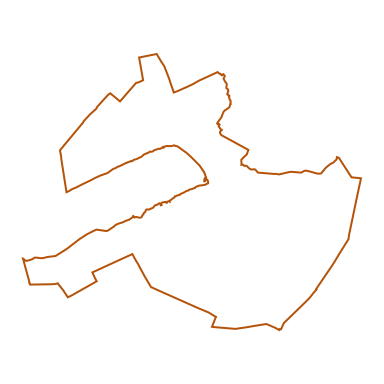 Balvi, Balvu, Latvia (orthographic projection)
{"feature_id": "27541924B17148947944972", "entity_name": "Balvi", "entity_type": "district", "adm_level": 2, "iso_a3": "LVA", "parent_name": "Latvia", "parent_adm1": "Balvu", "projection": "orthographic", "projection_center": [27.257, 57.133], "detail": "fine", "context": "isolated", "style": "outline", "palette": "amber", "viewbox_px": 384, "rotation_deg": 0, "n_neighbors": 0, "source": "geoboundaries", "source_scale": "gbopen_adm2", "svg_char_len": 5931}
<svg xmlns="http://www.w3.org/2000/svg" viewBox="0 0 384 384"><path d="M23.0,258.6L29.1,281.0L29.2,282.8L29.6,282.8L30.1,284.6L53.4,284.2L55.9,283.9L57.8,283.3L58.4,284.2L63.3,290.4L67.8,297.3L71.2,295.7L96.7,281.3L95.0,278.2L92.4,272.4L122.4,258.6L132.4,254.1L134.2,257.5L135.0,259.0L135.8,260.4L138.3,264.4L139.5,266.8L144.7,276.4L151.1,287.2L151.8,287.5L152.4,287.6L153.0,287.9L154.3,288.6L198.3,308.2L208.7,312.5L215.5,316.7L216.0,316.9L215.6,317.7L214.0,321.7L212.0,326.8L214.2,327.1L235.7,328.9L236.7,328.7L246.3,327.3L255.1,325.8L266.4,324.0L275.4,327.9L279.2,330.0L279.8,329.0L280.8,329.4L281.2,328.9L283.9,323.0L304.1,303.4L309.3,298.2L310.5,296.8L313.8,292.5L316.5,289.6L316.1,289.1L331.9,265.9L335.0,261.0L339.2,254.0L348.5,239.1L349.0,235.2L356.5,199.2L361.0,178.3L351.5,177.3L338.9,157.8L336.9,157.1L336.8,157.4L336.8,158.4L336.7,159.0L336.4,159.5L336.1,159.9L334.6,161.3L333.6,162.4L333.1,162.7L330.9,163.7L330.0,164.3L326.3,167.3L324.7,169.0L324.0,169.9L323.7,170.6L323.1,170.9L322.8,171.2L321.4,173.3L319.6,173.6L318.4,173.7L317.0,173.5L310.2,171.6L307.7,171.0L305.6,170.6L304.6,170.8L303.7,171.2L301.8,172.3L301.3,172.5L300.7,172.6L291.2,171.8L288.7,172.2L279.1,174.4L278.2,174.3L276.4,173.9L275.6,173.9L274.9,174.0L257.9,172.6L255.6,169.9L254.4,169.2L252.7,169.5L250.9,169.4L249.6,168.7L248.2,167.5L247.2,166.3L246.5,166.0L245.0,165.6L244.4,165.9L243.8,165.6L243.1,164.9L242.7,164.6L242.1,164.6L241.4,164.8L241.5,163.4L241.3,159.9L243.1,157.8L246.8,154.4L248.4,149.9L221.4,135.2L220.7,134.2L220.0,132.7L220.0,132.0L220.4,131.2L221.1,130.7L221.8,129.9L221.0,129.4L220.0,128.5L219.7,127.6L218.7,126.6L218.7,126.0L218.7,125.7L218.9,125.3L219.6,124.7L219.4,124.3L218.6,123.9L217.5,124.0L217.3,123.7L217.2,123.2L217.4,122.8L217.8,122.3L218.8,120.9L219.5,119.8L221.3,117.5L222.1,115.5L222.6,114.0L223.7,111.6L225.1,110.2L226.3,109.5L227.4,108.6L228.3,108.1L229.1,107.5L229.5,107.0L230.1,104.8L230.7,104.2L230.6,103.6L230.4,103.2L230.7,102.5L230.5,102.0L230.6,100.8L230.5,100.5L230.2,100.1L229.8,99.8L229.7,99.5L229.6,99.3L229.4,98.3L229.0,97.4L228.9,97.0L228.9,96.7L229.0,96.5L229.4,96.2L229.5,96.0L229.4,95.8L229.1,95.5L228.4,95.4L228.2,95.2L227.9,94.7L227.4,94.4L227.3,94.2L227.3,93.7L227.7,93.2L227.7,92.4L227.8,92.0L228.2,91.5L228.3,91.0L228.3,90.8L228.3,90.6L228.1,90.1L228.0,89.5L227.7,89.3L227.3,88.9L226.3,88.0L226.4,86.6L226.7,85.5L226.8,84.1L225.9,82.5L225.2,81.8L223.8,79.1L223.6,78.7L223.6,78.4L224.0,77.6L224.5,76.9L224.7,76.6L224.7,76.2L224.7,75.9L224.5,75.5L224.0,75.0L223.5,74.2L223.3,74.1L223.1,74.2L222.8,74.4L222.3,75.0L222.0,75.3L221.7,75.3L221.1,74.4L220.4,74.3L220.2,73.8L219.6,73.6L219.2,73.3L218.6,73.2L218.3,72.9L218.0,72.4L217.6,72.1L201.1,79.7L199.1,80.6L192.6,84.3L191.1,85.0L187.7,86.6L176.9,91.4L173.8,92.5L170.0,81.6L169.5,79.7L164.4,66.5L161.4,61.9L156.7,54.0L139.1,57.5L141.1,68.9L143.1,80.2L141.5,81.0L138.1,82.5L136.1,82.9L120.0,101.4L110.3,93.3L108.1,94.8L98.1,105.8L97.1,107.0L96.6,107.9L96.3,108.7L90.0,114.4L83.8,121.1L83.1,122.5L60.1,150.1L60.2,150.4L60.1,151.4L60.8,154.5L61.2,157.1L61.3,159.1L66.5,192.2L69.6,190.8L72.1,189.1L74.2,188.3L76.5,187.3L82.7,184.1L90.6,180.4L95.2,177.9L100.5,175.5L107.1,173.2L108.0,172.7L113.1,169.0L114.1,168.6L115.3,168.2L115.9,167.8L116.8,167.4L117.6,166.6L118.9,166.5L124.0,164.0L124.7,163.5L125.3,163.3L126.3,162.8L126.8,162.9L127.3,162.4L129.3,161.9L130.4,161.4L130.9,160.9L132.1,161.2L132.6,160.9L133.4,160.0L136.7,159.0L137.6,158.6L139.1,157.8L141.5,156.7L142.2,156.2L142.6,155.8L142.8,155.4L143.8,154.6L146.9,153.2L147.5,153.2L148.2,152.6L149.0,152.4L149.6,151.9L149.7,151.7L150.0,151.7L150.7,151.8L151.7,151.7L153.1,151.3L153.3,150.9L154.3,150.2L158.9,148.7L159.9,148.9L161.0,148.3L161.6,148.0L161.9,148.0L162.3,147.7L162.5,147.3L162.9,147.0L163.1,147.3L163.3,147.6L163.6,147.7L163.9,147.4L163.7,146.9L166.3,146.1L167.5,146.0L168.5,146.2L169.0,146.1L171.9,146.0L172.9,145.8L173.6,145.4L174.1,145.3L174.8,145.6L175.7,146.1L176.4,146.1L177.4,146.3L179.1,147.5L181.6,149.3L186.2,152.6L188.6,154.7L191.5,157.4L197.8,163.7L199.7,165.7L203.5,171.3L204.3,172.2L204.4,173.3L204.7,173.7L205.2,174.9L205.4,175.9L206.1,177.4L205.7,177.9L205.2,178.3L204.8,178.3L204.4,179.1L204.4,180.1L204.2,180.7L204.2,181.3L204.3,181.4L204.7,181.3L205.3,180.9L205.5,179.7L206.4,179.3L207.2,179.6L207.7,180.4L208.1,181.8L208.1,183.3L207.4,183.5L205.9,184.4L204.7,184.9L204.0,184.9L201.8,185.4L200.5,185.4L199.3,185.6L198.4,185.9L198.0,186.3L197.4,186.2L196.8,186.4L195.5,187.2L195.1,187.9L194.7,188.0L194.5,187.9L193.5,188.4L192.5,188.9L191.0,189.3L189.6,189.5L189.0,189.8L188.7,190.3L188.0,190.6L187.1,190.8L186.3,191.1L184.6,192.1L183.1,192.9L180.6,193.9L180.0,194.3L179.9,194.7L179.2,194.9L178.9,195.2L177.2,195.4L175.5,196.5L175.0,196.3L174.7,196.6L174.3,197.3L174.1,197.7L173.2,198.1L172.2,198.9L170.7,200.1L169.7,200.7L169.7,201.7L169.1,201.4L168.5,201.3L167.6,201.6L166.9,202.7L166.3,202.8L166.0,202.2L165.6,201.9L164.5,202.0L162.9,202.4L161.8,202.7L161.0,203.5L161.6,205.0L161.1,205.2L160.8,205.3L160.5,204.7L160.6,204.4L160.1,203.6L159.9,203.6L159.3,203.3L158.6,203.6L157.3,204.7L156.4,205.1L155.4,205.2L154.8,205.5L154.5,206.0L153.9,206.6L153.4,207.5L151.8,208.3L151.5,208.5L150.7,208.6L149.5,209.4L148.7,209.7L147.9,209.4L147.0,209.4L146.2,209.7L145.7,210.3L145.6,211.1L145.2,212.0L143.8,213.0L143.4,214.5L142.6,214.9L141.8,216.8L141.3,217.3L140.9,217.5L140.3,217.7L139.5,217.7L138.8,217.6L137.0,217.1L136.0,217.0L135.3,217.1L134.4,217.5L133.4,216.0L133.2,216.0L132.7,217.1L131.3,218.2L129.2,219.6L128.4,219.9L126.7,220.6L125.5,220.8L124.3,221.6L123.6,221.9L123.1,222.2L121.8,222.7L120.6,222.9L117.1,224.2L115.7,225.0L115.2,225.3L113.9,226.6L111.2,228.3L108.0,230.5L107.3,230.8L105.9,231.0L96.5,229.6L93.4,231.0L86.9,234.3L79.5,239.1L66.8,248.9L55.5,256.0L47.4,257.0L43.0,258.1L42.0,258.2L40.0,258.1L37.2,257.7L34.8,257.6L33.5,258.3L32.6,259.1L27.9,260.6L26.3,260.8L25.4,260.6L23.3,258.7L23.0,258.6Z" fill="none" stroke="#b45309" stroke-width="2"/></svg>